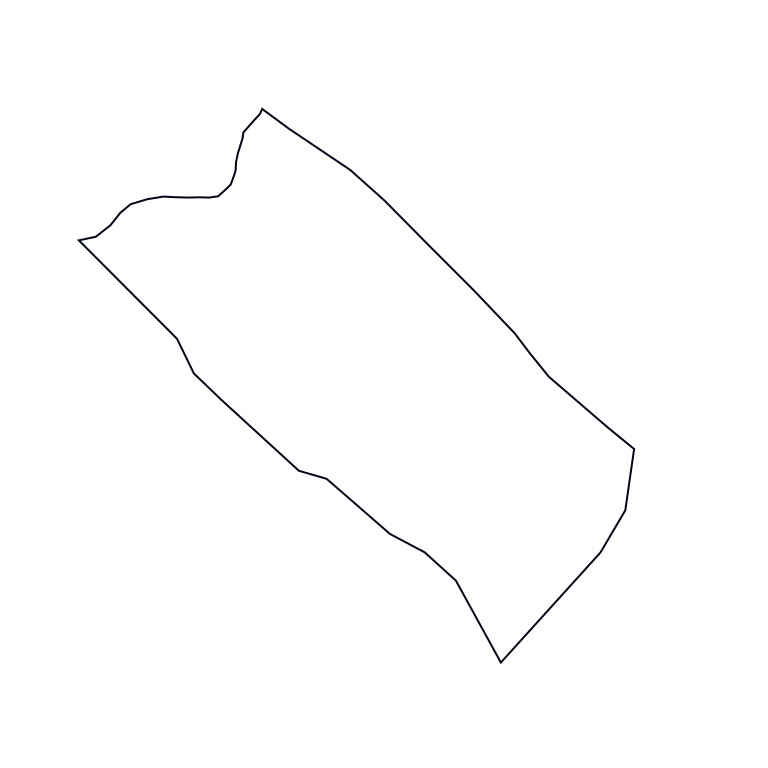 outline of Shroq, Al Qahirah, Egypt, rotated 55°
{"feature_id": "37247803B54771343993886", "entity_name": "Shroq", "entity_type": "district", "adm_level": 2, "iso_a3": "EGY", "parent_name": "Egypt", "parent_adm1": "Al Qahirah", "projection": "natural_earth1", "projection_center": [31.499, 30.133], "detail": "fine", "context": "isolated", "style": "outline", "palette": "ink", "viewbox_px": 768, "rotation_deg": 55, "n_neighbors": 0, "source": "geoboundaries", "source_scale": "gbopen_adm2", "svg_char_len": 1122}
<svg xmlns="http://www.w3.org/2000/svg" viewBox="0 0 768 768"><g transform="rotate(55 384 384)"><path d="M88.8,326.0L91.7,330.8L93.5,339.3L97.2,354.7L100.6,358.2L100.8,358.2L101.0,358.1L105.3,363.7L109.2,368.7L111.1,371.2L116.9,377.5L121.0,380.8L123.9,383.0L127.4,387.5L132.7,395.2L134.1,403.9L135.1,412.2L130.9,420.5L125.7,427.4L118.5,438.1L111.3,447.8L104.0,457.1L96.9,471.8L91.4,488.4L92.5,501.7L97.0,516.8L98.1,535.5L91.3,551.6L139.2,543.2L228.3,527.6L266.3,533.7L303.8,526.3L362.6,513.2L406.3,503.5L408.5,501.7L422.9,490.1L428.8,485.4L466.4,476.0L492.2,469.6L510.1,465.2L516.6,461.9L545.3,447.2L562.9,443.2L586.4,437.9L636.9,443.4L674.3,447.5L679.2,448.1L646.2,303.4L625.9,258.8L580.7,216.4L561.6,221.8L548.1,225.6L542.1,227.1L539.1,227.9L515.9,233.8L472.6,244.8L449.8,246.4L442.7,246.9L424.7,247.6L417.9,247.8L379.5,253.6L358.4,256.8L297.2,267.6L233.9,278.4L189.3,288.9L171.6,295.7L120.2,315.5L118.4,316.1L116.5,316.7L113.9,317.6L111.0,318.6L107.9,319.6L106.4,320.1L104.5,320.7L102.7,321.4L100.6,322.1L97.8,323.0L96.0,323.6L94.3,324.2L91.1,325.3L88.8,326.0Z" fill="none" stroke="#020617" stroke-width="2"/></g></svg>